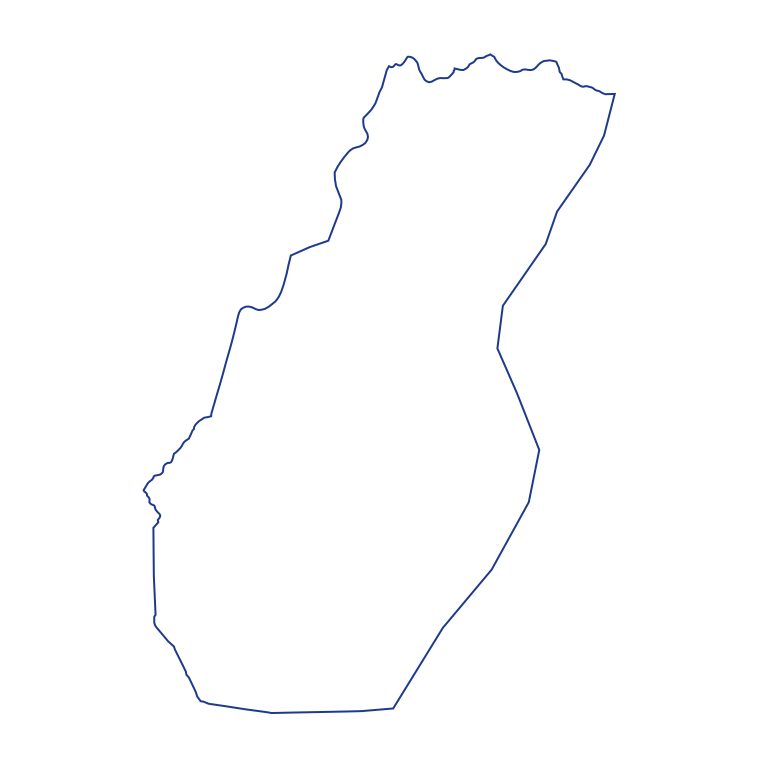 outline of Obuasi East, Ashanti, Ghana, rotated 177°
{"feature_id": "2480657B26017273678273", "entity_name": "Obuasi East", "entity_type": "district", "adm_level": 2, "iso_a3": "GHA", "parent_name": "Ghana", "parent_adm1": "Ashanti", "projection": "mercator", "projection_center": [-1.604, 6.179], "detail": "fine", "context": "isolated", "style": "outline", "palette": "blue", "viewbox_px": 768, "rotation_deg": 177, "n_neighbors": 0, "source": "geoboundaries", "source_scale": "gbopen_adm2", "svg_char_len": 4228}
<svg xmlns="http://www.w3.org/2000/svg" viewBox="0 0 768 768"><g transform="rotate(177 384 384)"><path d="M138.4,661.6L147.6,661.8L148.7,662.2L150.5,663.0L151.8,663.8L152.9,664.7L154.3,665.4L155.9,665.8L157.7,666.7L158.7,667.5L159.8,668.5L161.1,669.3L163.1,669.9L165.1,670.6L167.1,670.9L168.8,670.5L169.9,670.5L171.2,670.8L172.1,671.3L173.1,671.9L174.1,672.8L176.1,673.9L182.1,677.5L183.9,678.1L185.6,678.6L187.5,678.7L189.0,678.9L190.1,682.7L190.6,684.6L191.5,685.5L192.3,686.7L192.4,688.2L192.8,690.6L193.7,693.0L195.1,696.7L197.0,697.5L199.1,698.0L201.8,698.6L204.0,698.3L205.6,698.3L207.5,698.1L209.3,697.3L211.3,696.2L213.1,694.7L215.4,692.4L217.3,690.9L219.0,690.1L221.1,689.8L223.3,690.1L226.2,690.7L228.2,690.8L229.7,690.4L231.3,689.4L233.9,688.8L236.4,688.7L238.7,689.0L241.4,690.1L244.8,691.9L248.0,694.0L250.3,695.9L252.6,698.1L253.6,699.3L254.6,700.5L255.9,702.9L256.7,704.8L258.3,705.9L259.4,706.7L260.5,707.6L262.1,706.9L264.5,706.2L267.0,704.8L268.5,704.6L269.8,704.5L272.1,704.6L273.7,704.2L274.9,703.8L276.1,702.3L277.0,701.2L278.4,700.3L280.3,699.5L281.5,698.9L282.7,697.5L283.2,696.5L285.2,694.9L288.2,693.4L290.2,693.6L291.2,693.7L296.9,695.4L297.1,694.2L297.9,693.2L298.1,691.9L299.3,690.5L300.7,689.1L302.3,687.6L303.5,686.6L305.0,686.2L306.5,686.2L309.0,686.3L311.9,686.6L314.4,686.2L316.8,685.2L318.8,684.3L320.4,683.5L321.7,683.2L323.2,683.0L325.5,684.0L327.4,685.6L328.4,687.5L329.3,689.5L330.3,691.9L331.3,693.7L332.2,695.6L332.6,696.9L332.9,699.0L333.3,700.9L333.9,703.2L335.5,705.4L336.7,706.9L338.1,708.1L340.0,709.1L341.6,709.5L343.2,709.5L344.4,708.1L345.8,706.0L347.4,704.0L348.9,702.5L350.3,701.5L351.4,701.2L352.8,701.6L354.2,702.4L355.3,702.9L356.2,702.4L357.3,701.2L358.5,700.2L360.3,700.0L361.6,700.6L362.4,701.1L364.8,697.3L367.0,690.8L368.9,685.1L370.5,680.3L371.4,678.8L373.2,675.7L374.6,672.4L376.3,668.4L377.8,664.9L379.6,662.2L382.2,658.7L385.2,655.7L387.7,653.4L390.4,650.9L390.9,648.8L391.0,646.3L390.8,642.7L390.1,640.1L388.1,636.0L387.5,634.8L387.1,631.6L387.8,628.8L390.1,625.6L392.5,624.0L396.0,622.4L399.1,621.8L401.5,621.2L402.8,620.8L405.7,619.0L407.6,617.3L411.8,612.7L415.6,608.1L419.3,602.9L422.2,597.8L422.3,591.0L421.8,586.7L421.6,584.3L420.2,579.9L418.4,574.4L417.0,570.2L417.1,566.8L417.9,562.5L420.2,556.8L424.5,547.2L427.9,539.5L432.1,530.0L451.0,524.6L470.3,517.2L473.3,507.3L474.3,503.5L475.5,499.1L479.0,488.5L481.9,481.3L484.1,477.2L486.2,474.3L488.3,472.0L491.2,469.9L494.9,467.3L498.9,465.3L500.8,464.9L502.2,464.6L505.0,464.4L507.8,465.3L511.6,467.4L514.9,468.4L517.6,468.5L520.9,467.4L523.0,466.0L524.9,463.0L526.3,459.1L528.0,453.0L530.4,444.8L533.6,434.5L535.9,427.6L539.9,416.0L540.7,413.6L544.0,403.6L548.0,391.8L552.8,378.3L553.8,375.3L556.1,368.8L558.0,363.3L558.3,360.9L560.4,360.4L565.4,359.7L570.8,356.5L573.1,354.5L574.7,352.8L575.7,351.3L576.0,349.9L576.3,348.8L577.6,347.7L578.7,345.4L580.0,342.9L581.7,339.7L585.1,337.7L586.7,336.4L588.1,334.6L589.2,332.6L590.8,330.6L593.0,328.6L595.1,326.8L596.5,325.9L597.4,325.3L598.1,323.3L598.8,320.8L599.8,318.4L600.6,317.2L602.3,316.4L603.8,316.6L605.3,316.0L606.8,315.1L608.2,313.5L608.9,311.1L609.1,309.0L609.6,307.4L611.1,306.0L612.1,305.4L614.8,304.8L616.7,304.6L617.9,304.4L618.8,303.7L619.2,302.5L620.6,300.6L622.5,299.4L624.6,297.8L626.2,295.6L627.3,293.9L628.3,292.5L629.6,290.5L629.0,289.2L627.7,288.1L626.7,287.1L626.5,286.1L626.5,285.1L626.1,284.4L625.1,283.4L624.1,281.4L624.2,280.4L624.5,278.1L623.8,277.2L622.8,276.1L621.5,275.5L620.5,275.1L619.7,274.5L619.3,273.3L619.1,271.9L618.7,270.5L617.4,268.7L616.3,267.3L615.2,266.2L614.5,264.9L614.4,264.1L614.7,262.9L615.6,261.6L617.0,260.1L616.6,257.7L621.8,252.5L622.7,232.2L623.9,204.3L624.2,165.5L625.6,163.6L625.9,158.1L625.6,156.2L625.0,154.5L623.9,152.8L613.0,138.3L607.5,132.8L606.7,129.8L601.1,116.9L597.0,107.3L596.5,104.0L594.2,101.1L590.4,91.9L588.2,86.6L586.8,81.5L583.7,76.8L580.8,76.2L577.4,74.6L576.0,73.9L559.0,70.5L538.9,66.3L526.2,63.9L517.2,62.2L513.6,61.3L489.9,60.6L462.8,59.7L437.9,58.9L423.8,58.5L417.2,58.7L391.8,59.5L338.0,137.4L286.2,193.0L245.6,258.4L232.4,310.0L251.6,367.6L268.9,413.6L261.2,455.9L215.2,515.3L202.1,547.2L167.0,592.2L151.3,620.5L138.4,661.6Z" fill="none" stroke="#1e3a8a" stroke-width="2"/></g></svg>